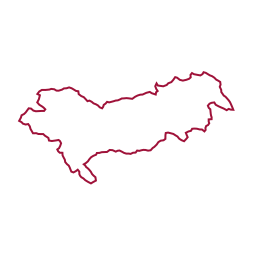 Areias, São Paulo, Brazil (Natural Earth projection), rotated 262°
{"feature_id": "56859067B47873164030304", "entity_name": "Areias", "entity_type": "district", "adm_level": 2, "iso_a3": "BRA", "parent_name": "Brazil", "parent_adm1": "São Paulo", "projection": "natural_earth1", "projection_center": [-44.716, -22.678], "detail": "fine", "context": "isolated", "style": "outline", "palette": "rose", "viewbox_px": 256, "rotation_deg": 262, "n_neighbors": 0, "source": "geoboundaries", "source_scale": "gbopen_adm2", "svg_char_len": 3125}
<svg xmlns="http://www.w3.org/2000/svg" viewBox="0 0 256 256"><g transform="rotate(262 128 128)"><path d="M150.2,21.2L148.6,23.4L146.9,24.6L145.7,27.1L145.8,29.7L143.3,31.0L140.7,31.3L136.0,33.2L135.6,36.5L134.5,38.5L133.8,43.2L131.8,44.8L130.4,46.5L129.2,47.8L126.6,48.0L125.7,50.8L125.7,54.9L125.8,57.6L124.5,58.8L122.2,59.6L119.8,58.4L117.6,56.9L116.6,55.0L114.7,55.6L113.0,57.0L112.6,59.6L110.0,59.4L107.6,60.2L105.5,61.0L103.0,61.1L100.6,62.6L99.0,64.1L96.9,64.8L95.1,65.2L92.7,65.8L91.6,67.8L92.5,70.3L93.7,72.4L91.6,73.7L89.0,73.4L87.4,73.9L85.8,74.9L84.3,76.8L82.3,78.4L80.3,80.8L78.3,83.6L79.3,85.9L80.4,88.9L83.8,88.9L85.6,87.3L87.4,86.0L89.9,85.1L92.2,83.7L93.9,82.4L95.2,81.1L96.7,80.5L98.2,79.2L99.2,81.5L100.6,83.7L102.3,85.2L104.2,87.4L105.3,89.9L106.0,92.7L107.6,93.7L107.3,96.1L107.7,98.6L107.5,100.8L107.2,103.9L108.8,106.8L108.2,109.6L106.3,112.6L106.9,114.4L106.9,116.4L105.5,118.5L103.9,120.6L102.9,122.7L102.6,125.0L102.0,127.0L102.8,129.5L102.6,132.1L104.4,133.9L103.8,136.0L104.1,138.3L104.2,140.2L103.8,142.3L102.8,144.7L102.8,147.3L104.8,149.7L105.6,151.4L107.6,154.1L109.8,156.1L110.9,158.6L110.9,161.5L112.0,163.5L115.8,164.1L117.8,164.7L117.9,167.0L116.9,169.5L115.8,172.1L114.2,173.9L112.7,175.8L110.3,177.2L108.5,179.3L107.1,181.7L109.1,184.2L110.6,185.8L112.7,185.2L115.2,184.6L116.2,187.5L116.4,189.9L118.3,191.4L118.2,193.6L117.7,196.1L116.6,198.8L116.2,201.1L114.0,203.2L115.3,204.6L117.3,204.7L119.1,205.7L119.8,207.7L121.4,209.1L123.1,208.8L125.3,209.1L125.1,212.0L127.0,212.3L128.6,212.0L130.2,211.9L132.7,212.0L135.1,212.1L136.7,210.8L139.0,210.2L140.7,212.1L141.3,214.1L141.3,217.0L138.8,218.1L136.9,220.7L135.5,222.9L134.0,225.4L131.9,228.2L132.9,230.4L131.9,232.3L131.4,234.8L134.3,234.1L137.1,233.3L139.4,232.6L141.5,231.5L143.5,230.2L145.4,228.9L146.8,227.3L148.5,226.5L150.6,225.4L152.9,225.6L156.0,224.6L158.1,225.7L160.8,225.7L162.4,223.8L163.6,222.1L165.8,220.5L167.6,218.5L168.8,216.3L171.8,212.7L172.7,210.6L171.0,209.3L170.0,207.0L171.0,204.0L172.1,200.8L173.5,199.0L171.9,197.3L169.4,197.1L168.2,195.3L167.6,192.4L167.3,188.9L168.5,186.0L171.0,183.6L171.8,181.8L169.3,179.5L167.4,177.3L166.7,174.1L165.2,172.3L164.4,168.7L165.2,165.9L165.9,163.5L168.2,162.5L165.6,160.8L162.8,161.4L160.5,162.5L159.5,160.8L157.3,160.1L159.2,156.3L160.7,154.6L160.3,151.1L159.7,149.1L159.1,147.1L159.3,144.7L158.8,141.9L157.9,139.3L156.3,136.3L157.2,133.1L157.8,130.7L157.9,128.0L158.1,126.0L157.4,124.0L156.8,121.8L156.9,119.6L156.5,117.4L156.2,114.9L156.0,112.9L156.8,110.9L155.3,109.2L154.3,107.2L152.5,106.4L151.1,105.1L152.4,102.9L154.5,101.4L155.9,99.6L157.2,97.3L159.0,95.7L160.5,93.6L160.2,91.6L162.0,90.4L164.7,88.5L166.1,86.2L168.4,83.9L171.3,83.9L172.0,81.6L173.7,79.6L175.2,77.7L176.4,75.3L175.9,72.7L176.1,70.0L175.2,68.1L174.6,64.5L175.0,62.3L176.6,60.4L177.4,57.4L177.0,55.5L177.2,51.2L177.7,48.0L176.5,45.2L174.3,43.0L172.7,45.3L169.0,43.8L166.0,41.7L163.4,43.4L161.2,46.0L159.9,47.3L158.0,48.7L156.6,47.3L156.9,45.1L157.4,39.1L158.4,36.7L160.7,34.7L161.3,32.4L157.6,28.8L156.3,27.0L155.4,24.4L153.2,23.4L150.2,21.2Z" fill="none" stroke="#9f1239" stroke-width="2"/></g></svg>